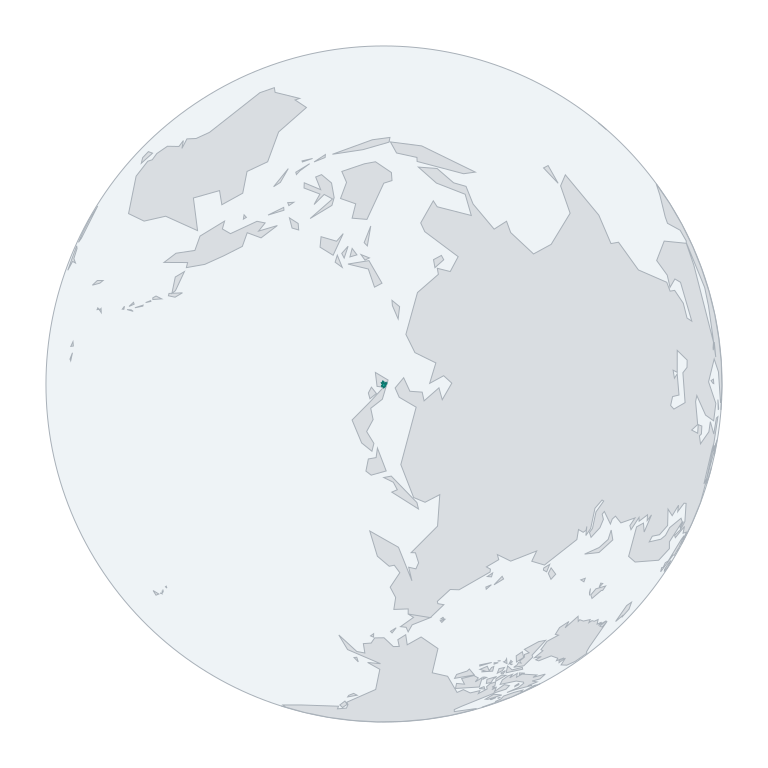 Fukuoka highlighted on a globe, orthographic projection, rotated 146°
{"feature_id": "JPN-1829", "entity_name": "Fukuoka", "entity_type": "Prefecture", "adm_level": 1, "iso_a3": "JPN", "parent_name": "Japan", "parent_adm1": "", "projection": "orthographic", "projection_center": [130.552, 33.473], "detail": "fine", "context": "on_globe", "style": "filled", "palette": "teal", "viewbox_px": 768, "rotation_deg": 146, "n_neighbors": 0, "source": "natural_earth", "source_scale": "10m", "svg_char_len": 12891}
<svg xmlns="http://www.w3.org/2000/svg" viewBox="0 0 768 768"><g transform="rotate(146 384 384)"><circle cx="384" cy="384" r="338" fill="#eef3f6" stroke="#a8b0b8"/><path d="M630.7,578.5L630.5,580.1L630.1,580.5L630.7,578.5ZM649.2,174.6L646.3,171.4L647.2,174.4L632.8,164.7L601.9,142.3L604.2,140.7L596.4,136.3L593.1,138.4L592.8,141.0L561.7,135.4L547.0,149.8L553.3,162.3L543.3,154.1L562.7,184.2L561.8,201.2L556.1,177.4L550.3,171.7L546.3,180.3L539.5,176.4L533.7,178.7L525.9,173.6L523.1,161.1L518.1,157.9L515.5,164.3L506.2,164.0L510.6,154.8L494.7,153.5L487.2,134.5L505.5,117.6L494.7,106.1L495.9,87.4L489.1,86.2L485.3,79.7L476.0,76.2L478.9,74.6L469.0,73.5L468.2,75.7L463.6,76.2L458.1,74.6L460.7,71.9L463.9,72.3L461.8,70.8L465.5,70.3L460.6,69.7L464.4,67.2L452.4,67.5L448.7,63.8L453.5,62.8L463.6,65.7L499.8,73.4L507.8,74.8L508.9,73.1L488.7,63.2L493.1,64.3L492.2,63.9L515.0,72.5L537.1,82.7L558.3,94.5L578.7,107.8L598.1,122.6L616.4,138.7L633.4,156.0L649.2,174.6ZM483.9,61.2L482.8,61.1L468.9,57.4L469.0,58.5L463.4,57.5L459.3,58.4L448.6,55.6L440.3,52.7L443.1,52.1L439.6,51.1L427.7,50.0L424.1,48.5L421.9,48.2L453.2,53.2L483.9,61.2ZM690.9,341.9L688.1,335.8L691.1,336.4L690.9,341.9ZM685.4,334.3L686.6,335.9L685.4,335.0L685.4,334.3ZM683.9,335.1L685.0,334.5L684.0,335.9L683.9,335.1ZM682.2,337.2L683.0,335.7L683.1,336.2L682.2,337.2ZM678.6,338.1L677.6,338.2L678.1,336.2L678.6,338.1ZM593.7,143.0L593.7,139.0L599.3,139.0L600.1,142.6L593.7,143.0ZM582.2,144.5L580.3,141.0L589.1,144.9L587.4,145.6L582.2,144.5ZM559.4,172.7L560.7,168.0L561.8,174.0L559.4,172.7ZM534.2,180.0L536.0,182.7L532.2,182.8L534.2,180.0ZM465.5,60.1L462.5,59.2L464.8,59.4L465.5,60.1ZM466.5,61.4L471.4,62.3L472.6,63.1L469.6,62.5L466.5,61.4ZM516.9,175.3L510.2,175.1L516.5,173.1L516.9,175.3ZM460.3,60.3L474.2,64.5L476.2,66.0L466.5,65.4L460.3,60.3ZM506.0,173.6L490.0,174.0L492.6,179.8L476.2,164.4L495.3,168.6L502.6,165.0L501.7,169.9L506.0,173.6ZM470.3,77.2L471.0,74.7L475.5,78.3L470.3,77.2ZM474.4,79.5L495.0,91.6L491.3,95.2L485.1,90.1L484.4,96.4L472.5,92.0L470.2,87.6L474.9,86.0L466.7,85.7L474.4,79.5ZM469.7,156.3L465.4,154.8L469.4,154.0L469.7,156.3ZM462.1,76.7L466.6,78.5L463.7,81.6L454.2,78.5L458.2,78.4L462.1,76.7ZM490.1,100.5L486.2,102.6L475.5,99.5L472.6,100.0L471.8,92.3L490.1,100.5ZM456.0,77.0L449.4,76.9L445.7,74.2L457.5,75.1L456.0,77.0ZM467.0,83.8L465.1,85.3L463.0,83.4L467.0,83.8ZM429.0,65.6L434.4,67.2L433.4,68.8L429.0,65.6ZM447.2,77.1L448.5,78.0L448.7,79.0L443.6,78.5L447.2,77.1ZM464.3,90.9L460.6,89.4L464.1,93.8L456.2,92.2L457.1,87.5L453.4,88.8L450.9,88.4L454.5,85.2L464.3,90.9ZM439.2,81.1L437.7,75.4L427.8,71.7L428.5,70.0L444.2,76.3L439.2,81.1ZM447.8,83.7L442.6,81.6L446.1,80.2L451.8,80.9L447.8,83.7ZM450.4,92.9L462.3,96.6L461.7,97.6L450.4,92.9ZM435.6,80.2L436.1,81.7L434.5,80.1L435.6,80.2ZM445.1,89.1L449.4,90.2L448.6,91.3L445.1,89.1ZM433.4,83.9L432.9,81.9L436.7,82.1L433.4,83.9ZM438.2,86.5L436.0,87.7L438.4,83.4L440.2,86.8L438.2,86.5ZM443.6,90.0L444.6,90.9L442.0,89.4L443.6,90.0ZM419.0,84.7L421.1,79.2L429.6,79.5L426.4,84.7L419.0,84.7ZM150.2,140.0L148.7,141.5L148.2,142.0L150.2,140.0ZM119.2,174.1L112.4,183.0L115.6,180.1L99.9,207.1L96.3,220.1L113.7,204.3L119.8,182.3L131.3,169.1L134.8,178.4L131.1,199.5L135.5,195.2L146.6,175.0L154.7,173.8L151.5,167.8L146.2,174.6L144.0,171.4L148.8,165.1L151.5,164.6L155.1,157.4L141.4,162.7L134.5,170.3L138.6,158.1L127.5,169.9L125.4,170.2L143.5,150.6L148.5,146.5L174.6,122.3L169.6,125.1L144.7,148.7L148.5,144.2L141.6,149.7L149.8,142.0L178.4,117.0L188.0,108.7L187.8,108.9L206.7,96.3L208.9,95.0L226.6,85.1L218.5,89.7L223.1,87.5L216.2,92.1L219.5,93.1L214.5,97.9L228.4,93.7L227.7,96.0L219.6,97.5L211.4,101.8L200.3,116.1L201.9,117.4L211.9,113.9L207.6,118.8L218.7,113.7L218.5,121.4L228.0,108.1L239.9,105.0L246.7,107.8L252.4,104.8L241.3,100.5L235.3,101.1L227.5,105.2L212.8,106.6L213.8,103.0L235.6,93.6L239.5,87.9L254.8,84.3L275.4,96.0L277.6,104.3L254.5,124.3L246.7,123.6L251.1,115.8L235.4,125.9L242.2,123.6L238.7,128.2L249.2,127.6L247.2,130.8L260.7,125.1L259.4,129.1L250.8,132.6L265.3,136.4L266.0,145.0L270.3,144.4L274.6,141.3L272.6,155.1L275.9,154.1L277.8,149.1L285.4,144.1L298.1,141.1L296.7,146.0L291.9,147.7L279.8,159.4L267.3,164.1L268.1,165.9L278.6,163.0L293.4,148.7L301.4,145.5L295.5,152.5L298.3,149.7L301.8,149.7L304.1,154.6L311.1,147.2L352.2,144.2L360.6,154.4L350.8,160.2L378.0,166.3L385.4,179.2L387.1,174.2L401.4,175.1L399.3,171.0L401.2,168.8L436.8,171.4L444.0,176.6L461.3,174.0L462.2,171.8L457.8,167.6L476.2,164.4L492.6,179.8L489.7,184.0L501.9,191.6L493.7,200.5L492.5,212.1L476.4,218.7L476.8,228.0L481.6,230.0L485.8,244.9L478.0,270.1L463.3,240.5L470.9,205.2L466.0,218.3L460.9,212.9L455.3,216.4L452.3,226.5L455.8,229.0L419.1,236.2L399.6,261.1L416.1,263.0L422.9,273.3L415.1,307.8L370.3,346.8L378.8,364.5L377.0,374.5L364.2,378.2L366.6,363.5L356.9,355.9L360.2,347.6L340.6,350.1L344.5,338.4L327.3,346.8L329.9,357.5L345.8,359.0L329.2,372.5L340.8,392.7L338.1,412.9L305.1,441.1L277.6,444.5L275.1,450.1L266.2,440.2L251.3,448.1L265.0,487.5L263.5,497.0L240.7,508.3L240.8,501.2L217.4,474.9L210.6,495.9L228.2,521.3L234.2,544.6L219.5,533.0L213.8,511.9L205.5,502.0L209.5,483.4L206.1,450.8L191.4,450.4L194.3,438.7L187.3,408.2L167.3,406.3L134.2,421.5L126.8,449.5L116.7,456.0L111.5,403.9L117.3,373.5L110.3,370.4L109.3,336.3L92.7,310.2L94.9,301.0L90.7,299.1L90.7,283.6L95.9,269.2L93.7,264.0L81.3,302.5L84.1,308.4L92.8,304.2L88.3,315.9L88.9,333.9L71.8,345.8L54.7,331.6L60.7,309.2L87.4,234.5L90.9,230.0L91.3,229.3L92.1,227.9L86.7,234.1L93.9,220.8L71.3,267.3L64.2,284.6L54.3,332.3L53.4,333.6L52.5,345.9L59.1,358.7L57.4,365.3L49.6,386.5L46.4,397.7L46.2,373.7L47.8,349.7L51.1,325.9L56.1,302.4L62.7,279.3L70.9,256.8L80.8,234.9L92.1,213.7L105.0,193.4L119.2,174.1ZM119.3,234.3L122.1,247.9L134.4,229.7L136.6,233.8L140.0,226.4L135.3,228.4L145.6,209.9L151.8,212.2L158.4,205.9L157.7,201.1L144.8,200.2L129.9,226.2L123.5,228.3L119.3,234.3ZM255.0,73.4L248.4,76.3L244.7,77.2L251.2,73.5L256.6,71.8L255.0,73.4ZM239.9,80.6L259.7,73.6L256.5,76.5L255.0,75.9L250.8,78.5L247.2,78.4L224.7,88.8L220.0,90.5L234.5,81.2L232.3,83.0L239.0,79.6L239.9,80.6ZM316.2,58.5L324.8,57.6L306.7,64.6L300.8,64.7L306.8,60.3L317.4,57.6L316.2,58.5ZM440.3,59.3L444.8,60.0L444.1,60.6L439.7,60.4L440.3,59.3ZM431.6,66.2L420.1,57.4L424.6,57.5L412.5,53.3L419.7,52.3L427.3,54.9L423.7,51.4L433.5,53.4L429.7,51.3L446.0,57.2L454.6,59.5L442.2,57.2L435.4,57.8L435.1,58.9L440.5,63.8L455.7,70.0L451.3,72.5L444.2,72.6L439.9,71.5L444.1,70.1L435.3,69.6L438.1,66.8L431.6,66.2ZM363.5,83.7L370.2,80.6L353.0,82.9L355.7,78.6L353.5,79.1L351.3,76.0L344.8,73.4L347.6,71.6L343.9,71.5L342.3,69.7L338.2,69.0L341.6,65.8L336.8,64.9L341.2,64.0L332.0,63.4L340.4,62.5L339.2,60.7L331.7,62.5L360.5,51.3L366.1,48.6L366.2,47.3L380.6,47.1L389.7,48.7L394.3,52.1L386.9,55.3L394.7,55.1L393.5,56.8L387.8,56.2L395.8,58.2L393.3,59.5L397.4,65.1L410.6,68.0L412.4,70.5L406.0,70.1L412.3,72.9L401.4,74.0L402.5,76.0L392.8,79.5L379.8,78.2L382.0,80.6L374.7,83.9L363.5,83.7ZM416.0,85.5L399.8,83.9L393.3,81.1L412.9,76.4L413.4,74.4L425.7,72.2L434.9,76.6L430.5,76.7L428.4,77.9L426.4,76.0L426.4,78.5L420.4,79.0L418.8,81.2L414.0,80.0L416.0,85.5ZM149.2,141.2L146.5,144.1L143.5,147.6L139.1,151.6L149.2,141.2ZM168.5,123.8L166.9,125.4L159.2,131.8L162.1,129.1L168.5,123.8ZM172.6,121.2L167.4,125.0L171.9,121.3L172.6,121.2ZM218.8,99.1L217.9,100.9L215.3,102.2L212.8,102.5L218.8,99.1ZM313.2,92.6L318.1,90.6L319.4,91.3L331.5,89.9L330.5,93.5L322.8,95.7L313.2,92.6ZM111.0,203.9L108.2,203.8L110.4,199.9L110.9,200.7L111.0,203.9ZM121.4,175.6L115.9,184.4L120.2,176.6L121.4,175.6ZM314.2,96.3L319.3,95.2L315.6,97.7L314.2,96.3ZM330.4,96.1L327.2,99.0L331.8,93.8L330.4,96.1ZM57.6,471.4L57.3,470.2L60.2,480.6L57.6,471.4ZM317.1,610.9L327.5,613.7L327.2,614.8L317.1,610.9ZM306.2,604.7L317.8,607.2L304.3,607.0L306.2,604.7ZM322.4,608.2L334.3,607.8L339.5,606.6L338.7,608.9L322.4,608.2ZM298.3,603.3L257.1,593.0L241.2,585.1L244.6,581.7L270.3,590.0L298.3,603.3ZM243.3,581.1L219.6,560.3L189.8,508.6L200.4,513.8L232.1,550.0L230.0,553.4L244.4,568.5L243.3,581.1ZM302.3,572.1L300.1,583.8L277.1,577.5L266.8,573.0L259.6,555.2L263.6,548.2L271.9,550.6L306.1,530.0L317.7,539.3L306.7,549.2L316.3,562.1L302.3,572.1ZM127.4,453.0L130.9,473.9L125.8,473.3L127.4,453.0ZM321.4,512.3L306.6,522.4L320.6,507.8L321.4,512.3ZM330.5,497.4L330.7,504.2L325.6,496.7L330.5,497.4ZM273.4,459.4L264.5,458.5L265.0,453.6L276.7,452.0L273.4,459.4ZM335.9,430.0L333.2,444.3L330.6,448.9L327.8,439.4L335.9,430.0ZM312.8,130.8L297.0,128.1L285.1,129.8L277.3,135.9L281.5,126.8L300.0,124.1L312.8,130.8ZM347.5,141.8L354.2,137.3L355.9,140.6L354.5,142.1L347.5,141.8ZM348.3,138.1L348.0,130.3L354.8,128.7L353.7,135.1L348.3,138.1ZM330.4,111.6L325.8,110.4L328.9,108.2L330.4,111.6ZM553.3,674.1L558.1,672.3L548.7,678.3L535.3,685.7L521.8,691.7L553.3,674.1ZM449.4,708.4L446.8,704.8L461.8,702.7L457.5,706.6L449.4,708.4ZM562.7,668.0L571.0,661.4L572.1,656.8L573.6,659.8L582.6,655.1L561.5,670.4L562.7,668.0ZM387.9,690.2L324.0,694.9L309.2,691.0L311.2,686.7L294.2,667.9L298.9,669.2L293.7,656.6L330.4,651.9L356.2,633.3L378.7,636.8L394.4,621.2L418.2,623.3L412.2,636.3L438.0,644.8L452.8,615.4L471.2,645.2L491.8,653.2L500.5,668.1L473.3,694.9L455.3,700.8L450.7,699.5L443.5,702.1L430.6,702.2L421.2,695.6L414.2,698.0L419.8,692.3L410.3,697.4L402.5,692.6L387.9,690.2ZM559.0,626.9L563.2,626.5L570.5,629.0L563.8,630.1L559.0,626.9ZM620.3,589.2L622.6,590.3L618.2,593.0L620.3,589.2ZM630.1,580.5L624.8,584.1L630.7,578.5L630.1,580.5ZM578.1,605.0L580.3,606.1L578.7,607.2L578.1,605.0ZM576.3,604.9L578.5,601.3L578.5,604.3L576.3,604.9ZM555.7,593.6L557.9,591.4L559.1,592.4L555.7,593.6ZM342.9,616.1L357.2,609.1L365.2,609.3L342.9,616.1ZM552.0,590.9L546.0,591.8L546.5,589.9L552.0,590.9ZM552.1,586.8L551.3,584.5L555.4,589.4L552.1,586.8ZM540.4,583.4L547.9,586.5L539.6,584.1L540.4,583.4ZM536.1,584.8L530.8,583.6L531.1,582.8L536.1,584.8ZM478.9,594.5L498.4,607.8L483.3,608.7L466.1,600.5L453.8,609.5L425.1,608.2L431.3,602.9L427.2,594.5L398.3,589.9L392.5,584.0L402.5,580.9L383.8,575.0L404.2,573.9L412.8,585.9L424.5,577.3L445.2,579.9L465.7,583.4L482.8,591.0L478.9,594.5ZM404.9,599.1L408.4,599.3L405.4,602.5L404.9,599.1ZM520.7,578.9L528.4,583.3L527.5,584.7L523.8,584.4L520.7,578.9ZM486.6,588.8L504.7,578.0L509.1,577.8L497.2,589.4L486.6,588.8ZM500.1,572.3L508.7,572.8L513.4,577.7L511.6,579.3L500.1,572.3ZM363.1,585.1L362.4,588.2L357.2,585.1L363.1,585.1ZM369.8,584.0L385.7,588.9L368.4,586.5L369.8,584.0ZM323.2,566.2L327.6,574.6L341.6,571.9L330.9,577.3L340.7,591.2L337.6,595.4L327.8,580.5L324.9,593.8L318.7,592.5L315.1,580.0L321.1,566.4L327.3,561.2L352.7,562.5L323.2,566.2ZM369.5,574.6L365.4,565.1L368.6,559.4L373.0,564.7L369.5,574.6ZM353.8,541.3L343.5,528.9L333.7,531.5L354.2,519.2L360.5,533.2L353.8,541.3ZM346.0,515.9L336.7,518.3L346.6,510.7L346.0,515.9ZM334.6,514.2L334.2,506.2L341.2,508.4L334.6,514.2ZM350.7,516.9L353.4,504.0L356.4,512.3L350.7,516.9ZM332.7,488.1L346.8,503.6L327.5,494.7L329.3,468.7L337.7,469.6L332.7,488.1ZM396.2,388.4L395.6,380.4L403.9,379.6L402.0,385.3L396.2,388.4ZM430.6,372.0L406.0,376.9L386.1,381.6L391.1,385.9L384.7,398.4L378.4,385.0L393.9,372.3L408.6,371.3L412.9,360.6L425.0,354.3L425.6,340.4L431.6,335.0L435.5,347.6L430.6,372.0ZM425.3,334.5L430.8,310.7L445.6,315.6L447.7,321.9L438.9,330.6L431.7,327.4L425.3,334.5ZM436.5,306.6L429.5,303.6L423.0,267.3L425.3,261.1L438.0,290.0L432.1,288.9L431.2,297.3L436.5,306.6ZM465.6,157.6L465.4,155.1L468.3,157.5L465.6,157.6ZM399.6,166.6L402.7,164.0L406.0,166.6L399.6,166.6ZM413.1,158.7L407.2,157.5L414.0,156.7L413.1,158.7ZM393.9,155.5L405.1,156.0L393.6,158.5L393.9,155.5Z" fill="#d9dde1" stroke="#a8b0b8" stroke-width="1"/><path d="M381.5,384.1L381.5,383.9L381.8,383.8L381.9,383.7L382.0,383.7L381.9,383.6L381.7,383.4L381.8,383.4L382.0,383.3L382.1,383.2L382.3,383.1L382.3,382.9L382.5,383.0L382.4,383.0L382.5,383.2L382.6,383.3L382.8,383.4L383.0,383.3L383.1,383.2L383.3,383.2L383.3,382.9L383.2,382.8L383.1,383.0L382.9,383.0L382.9,382.9L382.7,382.9L382.7,382.7L382.8,382.7L382.8,382.8L383.0,382.9L383.3,382.7L383.5,382.6L383.6,382.4L383.6,382.2L383.6,381.9L383.7,381.7L383.7,381.8L383.8,381.8L383.9,381.7L384.0,381.6L384.3,381.6L384.5,381.5L384.6,381.3L384.8,381.3L385.0,381.2L385.4,381.2L385.3,381.4L385.5,381.3L385.6,381.5L385.8,381.5L385.9,381.4L386.1,381.1L386.3,381.1L386.3,381.3L386.2,381.3L386.2,381.5L386.1,381.8L386.0,382.0L386.2,382.4L386.3,382.5L386.4,382.8L386.5,382.9L386.6,383.0L386.8,383.1L387.1,383.1L387.1,383.3L387.1,383.6L387.0,383.8L386.9,383.9L386.5,383.8L386.2,383.8L385.9,384.0L385.6,384.3L385.5,384.5L385.4,384.7L385.4,384.8L385.4,385.1L385.4,385.4L385.4,385.5L385.5,385.8L385.4,386.3L385.2,386.2L384.9,386.0L384.7,386.0L384.4,386.2L384.1,386.2L384.1,386.3L383.9,386.4L383.8,386.5L383.7,386.6L383.8,386.7L383.7,386.8L383.4,386.9L383.4,386.7L383.4,386.4L383.3,386.2L383.2,386.2L383.0,385.9L383.0,385.7L383.2,385.4L383.3,385.3L383.5,385.3L383.5,385.2L383.7,384.9L383.8,384.9L383.9,384.6L383.9,384.4L383.7,384.3L383.4,384.5L383.2,384.4L382.7,384.1L382.4,384.0L382.1,384.1L381.9,384.1L381.7,384.1L381.5,384.1Z" fill="#14b8a6" stroke="#0f766e" stroke-width="1.5"/></g></svg>